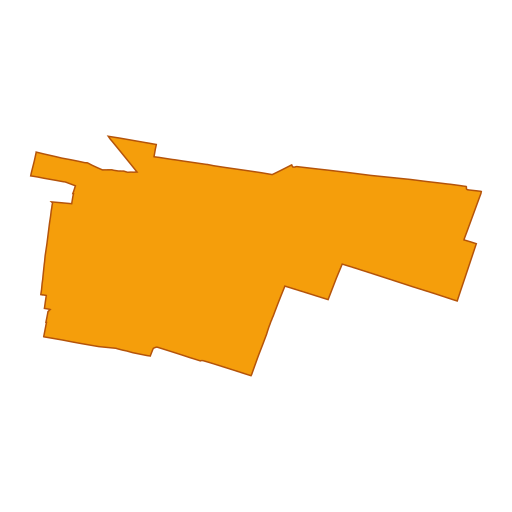 the district of Amarastii De Sus, Dolj, Romania
{"feature_id": "2599482B27183359976971", "entity_name": "Amarastii De Sus", "entity_type": "district", "adm_level": 2, "iso_a3": "ROU", "parent_name": "Romania", "parent_adm1": "Dolj", "projection": "natural_earth1", "projection_center": [24.187, 43.985], "detail": "fine", "context": "isolated", "style": "filled", "palette": "amber", "viewbox_px": 512, "rotation_deg": 0, "n_neighbors": 0, "source": "geoboundaries", "source_scale": "gbopen_adm2", "svg_char_len": 2842}
<svg xmlns="http://www.w3.org/2000/svg" viewBox="0 0 512 512"><path d="M457.5,300.0L457.7,299.5L460.4,291.3L465.3,276.7L468.7,266.5L471.7,257.5L476.3,243.7L470.7,241.9L464.0,239.9L464.3,238.7L467.1,231.2L472.7,215.9L479.0,198.7L480.9,193.6L481.3,191.5L480.6,191.3L476.5,190.8L469.2,190.0L468.0,189.8L467.4,189.7L467.0,189.4L466.6,189.1L466.4,188.5L466.4,187.4L466.4,186.8L466.2,186.5L465.7,186.4L463.5,186.1L460.3,185.6L450.7,184.3L446.7,183.9L438.6,182.9L427.3,181.6L410.8,179.5L370.7,175.4L348.7,172.6L327.6,170.1L318.5,169.1L300.3,167.0L296.9,166.6L296.3,166.6L295.8,166.7L295.1,167.0L294.2,167.1L293.0,167.1L292.2,166.1L291.7,164.9L291.0,165.2L289.1,166.2L280.0,170.8L273.9,173.8L272.1,174.6L271.1,174.4L261.2,172.7L249.0,170.9L224.6,167.4L213.5,165.7L207.1,164.4L207.0,164.5L182.2,160.9L175.1,159.8L172.4,159.5L166.0,158.5L158.5,157.3L158.2,157.3L154.4,156.8L154.0,156.7L154.7,152.8L155.4,148.8L156.2,145.2L156.3,144.5L119.8,138.1L108.3,136.3L110.3,139.2L112.2,141.4L119.4,150.2L131.4,165.0L137.0,172.0L134.0,172.2L130.8,172.1L127.6,172.3L123.8,171.1L118.4,171.0L113.8,170.3L111.8,169.8L102.4,169.9L97.4,167.7L92.4,165.4L89.7,164.0L88.2,163.2L87.3,162.8L84.9,162.7L78.1,161.2L70.6,159.7L61.8,158.1L55.6,156.6L48.5,155.0L43.2,153.8L39.6,152.9L36.2,152.1L36.2,152.3L34.3,161.0L32.0,170.1L31.2,173.4L30.7,175.9L32.8,176.2L37.7,177.0L44.2,178.3L56.2,180.4L63.2,181.7L65.0,181.9L66.2,182.3L75.4,185.8L73.7,191.2L72.8,193.6L73.5,193.7L72.8,196.9L71.7,203.7L65.0,203.1L60.8,202.7L51.5,201.9L51.6,202.0L51.8,202.1L52.0,202.2L52.1,202.4L52.3,202.7L52.5,203.2L52.2,204.5L52.0,205.7L52.0,205.9L51.9,206.5L51.8,207.6L51.2,211.0L50.9,213.6L50.6,216.1L49.5,223.3L46.9,244.0L45.1,256.0L44.6,261.6L44.2,264.5L43.8,268.5L43.0,276.0L42.7,279.4L42.1,283.6L41.6,289.2L40.8,294.6L41.9,294.8L42.9,295.0L43.0,294.8L46.3,295.5L45.3,302.0L44.7,306.5L44.4,308.4L45.6,308.6L46.4,308.7L46.8,308.8L48.0,309.0L49.6,309.3L50.2,309.5L48.0,311.6L47.6,313.8L46.6,318.9L45.9,322.3L46.5,322.4L46.4,322.7L44.9,330.6L43.7,336.7L43.8,336.8L62.4,340.0L72.6,342.0L82.0,343.7L98.7,346.6L116.1,348.3L117.1,348.7L122.5,350.1L126.8,351.0L132.8,352.7L147.2,355.6L150.3,356.0L150.4,355.6L152.9,349.2L153.4,348.4L154.2,347.9L155.8,347.3L156.8,347.1L157.7,347.3L170.1,351.2L182.0,355.0L189.5,357.5L195.4,359.3L200.4,360.9L200.9,360.6L202.0,360.6L202.9,360.6L209.4,362.5L228.2,368.4L245.3,373.9L251.0,375.7L251.6,374.6L257.5,358.1L259.1,353.8L262.6,344.8L264.9,338.7L266.5,334.5L267.6,330.9L269.0,326.7L270.0,324.1L270.9,321.5L271.6,320.0L272.4,317.8L273.2,316.1L274.9,311.5L275.9,308.9L277.8,303.9L280.7,296.5L284.6,286.8L284.9,286.1L312.2,294.6L317.5,296.3L328.1,299.6L335.0,281.7L336.3,278.3L342.2,264.1L357.1,268.7L361.7,270.2L384.4,277.5L401.6,283.1L412.6,286.7L435.2,293.8L452.8,299.6L457.2,301.0L457.5,300.2L457.5,300.0Z" fill="#f59e0b" stroke="#b45309" stroke-width="1.5"/></svg>